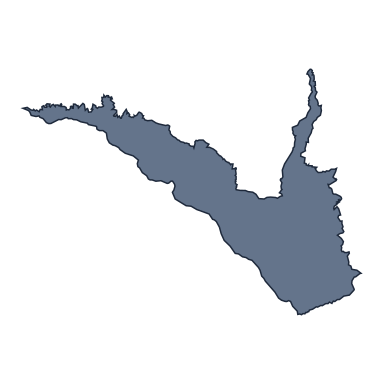 the district of Girón, Santander, Colombia
{"feature_id": "7082276B75603088073292", "entity_name": "Girón", "entity_type": "district", "adm_level": 2, "iso_a3": "COL", "parent_name": "Colombia", "parent_adm1": "Santander", "projection": "albers", "projection_center": [-73.264, 7.05], "detail": "fine", "context": "isolated", "style": "filled", "palette": "slate", "viewbox_px": 384, "rotation_deg": 0, "n_neighbors": 0, "source": "geoboundaries", "source_scale": "gbopen_adm2", "svg_char_len": 5998}
<svg xmlns="http://www.w3.org/2000/svg" viewBox="0 0 384 384"><path d="M31.2,115.4L36.0,116.5L39.0,115.9L39.9,117.3L43.1,118.6L46.4,122.6L48.7,123.6L50.9,123.5L58.7,119.5L61.1,119.7L65.4,117.8L67.5,117.7L68.2,118.7L71.6,118.6L73.5,119.6L76.6,119.8L80.8,121.8L87.4,123.2L88.4,124.6L95.9,126.2L96.6,126.7L96.9,129.0L97.5,129.6L99.5,130.6L103.0,130.6L106.4,133.1L107.3,139.0L109.3,142.8L112.8,145.1L115.2,145.7L118.7,147.6L120.1,149.6L125.3,153.3L133.3,155.9L138.4,160.1L137.3,163.7L137.9,166.6L139.7,168.0L142.3,172.6L146.7,175.7L148.4,179.0L150.0,179.9L152.1,179.9L155.8,181.2L160.9,180.7L167.2,183.4L168.7,183.1L171.0,181.1L172.6,181.2L174.5,184.1L175.0,186.1L173.9,190.0L172.4,192.3L175.2,199.0L186.1,205.7L191.1,206.2L196.7,209.5L209.1,214.0L212.6,219.3L214.4,219.9L216.4,221.6L219.4,227.1L221.2,233.7L224.2,240.4L230.1,246.1L235.2,253.4L238.5,253.9L242.5,256.8L246.2,257.6L248.6,259.3L252.0,260.3L258.5,267.5L260.1,270.4L261.7,276.1L263.9,278.4L265.4,281.2L275.0,292.2L278.6,298.1L281.5,300.2L285.1,301.4L286.8,301.5L288.7,300.6L290.6,301.5L292.7,306.3L297.3,311.2L297.8,314.4L299.7,314.0L301.6,314.7L302.8,313.6L304.9,313.8L305.6,312.5L306.8,312.6L307.6,311.8L308.7,311.7L309.4,310.1L312.6,309.2L316.3,306.8L317.6,307.1L320.9,305.4L322.2,305.7L325.7,303.6L328.0,303.6L329.4,302.1L331.9,303.4L333.3,301.1L334.8,301.5L337.3,299.6L339.5,299.5L343.8,296.1L349.4,295.1L353.9,290.2L354.2,289.3L351.7,283.6L352.0,280.7L354.2,277.1L355.7,276.8L359.8,273.6L361.0,273.3L356.9,270.2L351.8,269.3L350.9,266.1L348.5,264.8L348.8,262.1L347.3,256.1L349.3,253.3L349.0,251.9L346.7,252.6L344.5,252.5L343.4,251.4L342.0,251.6L341.3,250.1L341.7,247.4L341.1,245.9L342.6,244.5L343.4,241.6L341.3,238.4L337.4,235.2L339.8,233.6L342.8,232.9L343.8,231.6L342.1,228.4L343.0,226.8L341.9,223.6L342.0,221.0L340.3,221.2L337.9,217.5L338.6,215.5L340.6,215.0L338.7,208.9L337.0,206.7L334.1,209.6L333.7,208.4L334.3,206.2L336.8,204.4L336.4,203.2L337.3,202.8L337.6,203.3L339.0,202.3L337.6,201.7L339.0,201.3L338.5,199.8L339.1,199.5L339.5,200.6L340.1,200.8L341.6,198.8L341.2,197.3L340.0,196.2L335.9,194.2L333.7,194.1L332.8,193.5L331.8,189.2L330.6,187.9L329.3,187.8L328.1,184.4L329.5,184.6L336.1,180.6L336.6,179.5L335.9,178.7L335.3,179.2L333.0,177.1L335.6,171.6L336.5,168.4L334.8,169.2L331.2,169.2L328.9,171.1L326.4,170.9L325.3,172.0L322.9,171.4L321.8,172.4L318.2,172.5L316.5,170.9L315.2,168.5L315.0,167.9L316.0,168.1L316.7,167.3L312.0,166.8L312.1,165.8L308.4,165.7L308.5,164.8L308.0,165.4L306.3,165.0L306.1,163.6L304.3,163.1L305.0,157.8L300.7,156.2L300.9,153.3L305.4,150.8L305.0,148.8L306.3,144.0L306.2,142.1L308.4,142.4L308.2,138.2L311.2,132.8L312.0,129.3L313.0,128.4L312.1,124.5L313.7,121.5L316.2,119.7L317.3,117.4L320.4,115.2L321.4,110.6L320.9,107.8L321.3,105.4L319.4,106.0L318.6,105.7L317.9,104.6L318.2,103.3L317.2,100.1L315.4,98.1L315.1,96.1L317.0,92.1L315.5,90.6L315.3,87.7L314.2,86.6L314.3,85.9L315.4,85.5L315.2,81.6L313.4,81.0L314.2,79.3L314.0,75.7L313.6,74.9L312.3,74.9L313.1,72.8L311.9,72.3L312.3,70.5L311.0,69.3L310.1,69.3L308.0,71.5L306.9,74.0L308.2,74.4L310.5,78.5L309.3,84.0L311.3,86.3L311.7,88.0L311.3,90.2L312.3,91.4L312.2,92.3L311.1,93.4L308.6,98.0L309.5,100.0L308.5,100.7L309.0,102.8L308.5,104.5L309.0,105.7L310.2,106.3L310.5,108.8L307.9,112.7L306.1,117.4L299.7,121.0L297.7,125.2L292.4,127.4L292.5,130.1L293.2,131.5L292.9,133.2L294.1,135.3L295.7,135.9L294.7,137.1L295.4,139.3L294.6,142.7L294.4,146.7L293.0,148.1L293.1,149.2L292.1,151.9L284.6,163.9L282.3,170.1L282.9,176.9L281.7,178.8L280.7,178.9L280.3,180.0L281.9,182.7L281.0,186.2L281.4,189.0L282.0,189.4L279.4,192.8L281.7,194.0L282.3,195.8L280.4,196.3L277.4,198.3L275.6,197.5L270.5,197.1L266.9,197.4L264.2,199.0L258.8,198.6L256.0,194.3L252.8,192.2L248.0,191.6L245.4,190.5L240.0,190.4L236.2,189.7L235.9,188.4L236.7,186.8L236.3,186.3L237.1,184.7L235.6,183.7L235.3,181.8L235.9,181.5L235.4,180.0L236.1,179.6L236.1,176.3L235.2,175.4L236.1,174.2L235.5,169.6L236.2,169.1L236.2,168.1L235.4,167.9L234.5,168.7L232.2,168.9L233.0,164.0L231.1,164.0L230.7,164.7L228.7,162.4L228.2,162.6L225.6,161.1L224.3,159.1L223.0,159.4L223.1,158.7L220.6,156.0L219.5,155.7L216.6,152.7L216.6,151.5L213.3,149.0L209.6,147.3L206.8,147.3L208.9,144.2L205.9,142.7L203.2,140.1L198.9,140.1L197.6,140.8L196.1,140.4L194.9,141.9L195.1,143.3L193.9,147.9L193.3,146.3L191.0,146.2L189.3,145.2L189.1,143.9L186.1,143.0L184.8,143.3L183.8,142.4L180.6,141.7L178.9,140.2L177.5,139.8L175.6,137.8L172.7,136.3L170.4,133.7L170.1,131.4L168.9,129.9L169.7,126.2L169.0,125.6L167.9,125.0L165.6,125.5L158.7,123.9L155.9,122.9L151.8,120.3L147.7,120.7L145.0,120.0L143.9,118.3L142.5,118.0L143.5,115.7L142.6,115.6L141.7,113.5L139.5,112.2L138.8,112.3L136.8,115.2L135.0,116.1L134.2,115.4L134.3,116.3L133.2,117.5L132.3,117.0L131.6,117.4L129.1,116.2L129.7,114.8L128.3,112.8L126.9,113.6L127.2,111.7L126.2,109.4L123.1,113.8L123.2,114.8L122.1,115.8L121.3,118.2L120.5,118.2L119.3,116.0L117.8,117.3L117.0,114.5L115.4,116.4L113.8,116.1L113.6,115.5L116.7,112.3L116.6,110.3L114.1,109.4L112.1,109.5L114.6,107.1L113.2,104.7L114.3,103.3L110.5,100.2L110.6,99.4L112.3,98.9L111.6,97.1L110.5,98.2L110.0,97.1L108.2,97.1L108.4,95.7L106.8,95.6L105.4,97.1L103.9,95.2L103.8,97.4L101.9,97.4L102.2,99.3L101.7,101.0L102.8,102.0L102.1,103.7L103.6,105.8L103.4,106.4L101.2,107.2L98.8,107.0L97.4,108.3L96.0,107.3L95.7,105.8L93.0,104.2L92.3,107.8L91.3,109.1L92.8,109.4L91.2,111.9L88.6,112.2L87.8,109.0L87.2,108.5L85.3,110.3L84.3,104.5L82.9,103.4L78.4,108.0L78.0,105.6L77.0,105.7L75.3,104.2L73.5,104.1L73.2,108.3L72.4,108.2L72.2,106.4L71.1,106.2L70.5,106.7L70.5,108.4L68.9,109.9L67.3,109.5L66.3,110.0L66.1,107.5L64.4,106.5L61.2,106.5L61.7,104.5L61.2,103.8L60.4,104.3L59.8,105.9L58.9,105.9L58.1,105.0L55.5,105.1L55.2,106.5L53.3,104.4L51.5,105.3L50.4,107.1L49.2,106.3L50.0,104.1L47.0,103.8L45.7,105.2L47.0,106.3L46.7,107.3L44.4,107.2L43.8,105.7L42.3,106.4L41.9,106.8L42.4,109.7L40.2,109.4L39.1,111.7L36.6,110.0L35.2,110.9L33.7,109.4L33.1,110.3L31.1,110.0L27.2,107.4L23.0,108.3L28.6,110.6L29.9,112.2L31.2,115.4Z" fill="#64748b" stroke="#1e293b" stroke-width="1.5"/></svg>